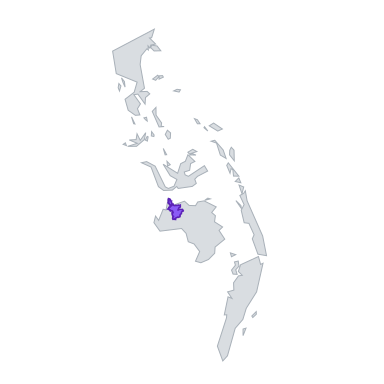 Kutai Timur, Kalimantan Timur, Indonesia shown in context, rotated 240°
{"feature_id": "22746128B75924443266043", "entity_name": "Kutai Timur", "entity_type": "district", "adm_level": 2, "iso_a3": "IDN", "parent_name": "Indonesia", "parent_adm1": "Kalimantan Timur", "projection": "orthographic", "projection_center": [118.078, 0.931], "detail": "fine", "context": "in_parent", "style": "filled", "palette": "violet", "viewbox_px": 384, "rotation_deg": 240, "n_neighbors": 0, "source": "geoboundaries", "source_scale": "gbopen_adm2", "svg_char_len": 7599}
<svg xmlns="http://www.w3.org/2000/svg" viewBox="0 0 384 384"><g transform="rotate(240 192 192)"><path d="M130.3,160.4L136.6,168.9L146.0,167.8L150.8,163.9L159.1,166.2L165.6,164.7L174.1,144.7L184.5,143.7L189.4,148.4L184.1,148.9L191.5,158.4L189.4,160.5L198.2,168.1L190.3,167.2L187.8,180.9L181.8,182.8L178.4,188.2L180.5,192.0L178.3,198.0L167.0,205.5L164.4,198.8L159.8,200.4L154.9,196.6L146.4,201.0L145.2,196.2L134.8,196.8L132.8,184.5L127.6,181.0L125.3,172.6L126.3,164.3L130.3,160.4ZM30.3,134.2L45.8,136.9L65.8,159.0L68.3,160.7L69.4,158.5L83.2,170.8L79.8,173.4L87.7,172.9L86.1,179.2L92.6,182.6L96.1,190.3L94.7,193.9L100.0,192.4L104.7,197.7L102.9,217.3L95.0,215.2L94.8,217.9L73.2,198.0L64.2,180.9L56.2,172.3L52.4,161.3L32.4,140.8L30.3,134.2ZM353.7,193.7L351.9,240.8L345.8,234.2L346.6,232.2L338.3,234.5L339.9,229.8L337.7,227.4L338.5,227.1L339.8,227.2L340.6,227.0L336.8,225.2L338.6,224.6L335.4,216.1L328.3,210.8L305.6,202.7L304.8,197.2L301.6,203.4L298.1,204.5L297.1,199.0L291.6,195.3L303.8,194.1L305.4,190.3L294.1,191.4L291.4,186.4L284.8,185.4L286.7,181.3L294.7,177.6L305.8,180.4L307.3,191.8L314.6,199.4L332.4,185.6L353.7,193.7ZM241.0,167.9L232.8,173.0L209.8,171.4L206.9,173.3L206.0,179.3L210.4,185.2L217.0,181.3L230.5,180.9L215.4,188.9L222.2,196.4L221.9,201.6L226.3,207.1L217.0,209.8L217.3,205.0L212.0,200.8L213.2,195.3L210.3,194.6L207.4,196.7L208.6,215.9L202.3,216.0L202.8,204.6L201.7,200.8L197.3,200.0L196.7,195.0L202.0,181.8L204.4,181.5L203.5,175.9L207.5,168.2L213.4,165.6L234.1,169.0L242.6,162.9L241.0,167.9ZM105.2,218.0L121.3,220.8L123.9,224.4L136.4,225.6L139.3,221.8L151.6,225.5L155.0,230.8L165.1,231.7L165.0,236.1L166.4,238.8L156.8,235.3L118.6,231.2L99.6,224.7L105.2,218.0ZM261.5,169.0L268.4,163.7L265.3,169.8L269.9,173.5L262.6,173.0L266.5,181.6L261.2,176.9L259.3,166.8L263.7,159.1L261.5,169.0ZM264.8,196.0L281.7,197.9L283.3,203.1L276.5,199.3L267.0,200.2L264.3,198.1L262.6,200.6L264.8,196.0ZM225.4,237.6L212.8,240.0L204.0,238.3L209.8,235.0L222.1,237.7L226.4,234.0L225.4,237.6ZM189.2,234.3L197.7,235.4L199.1,238.0L182.3,240.5L185.0,235.9L190.8,238.5L192.7,237.5L189.2,234.3ZM240.7,240.0L240.9,245.2L231.4,249.8L231.9,244.8L240.7,240.0ZM104.6,187.2L106.9,193.0L110.2,193.8L109.1,197.5L104.3,195.6L102.8,191.0L98.1,189.9L100.4,186.5L104.6,187.2ZM335.9,234.8L329.9,235.6L333.1,229.7L337.8,228.4L339.2,230.6L335.9,234.8ZM205.4,243.1L209.3,245.6L211.1,248.4L207.2,249.3L197.9,244.2L205.4,243.1ZM255.2,197.6L257.8,201.6L253.9,203.0L249.4,200.1L249.6,197.8L255.2,197.6ZM165.5,234.4L174.5,236.2L170.5,239.3L165.5,234.4ZM179.5,234.7L180.8,239.6L175.6,238.9L179.5,234.7ZM120.1,194.8L115.9,198.5L116.2,193.8L120.1,194.8ZM309.5,214.4L310.3,220.7L308.4,221.0L306.9,216.4L309.5,214.4ZM162.6,225.7L155.8,227.6L152.9,226.5L162.6,225.7ZM228.5,208.3L228.6,214.0L224.6,216.4L226.2,208.8L228.5,208.3ZM42.1,164.4L47.8,167.7L47.1,170.7L42.1,164.4ZM56.3,187.8L54.0,186.6L52.9,181.9L54.7,181.8L56.3,187.8ZM286.3,233.1L285.0,230.8L288.7,226.7L288.4,230.4L286.3,233.1ZM280.3,175.6L287.3,177.2L279.4,176.6L280.3,175.6ZM237.6,187.3L244.1,188.9L237.0,188.7L237.6,187.3ZM225.5,211.1L222.0,213.9L225.1,208.8L225.5,211.1ZM315.7,179.7L319.2,180.2L322.5,182.9L319.4,183.5L315.7,179.7ZM254.3,230.8L251.9,232.8L247.1,233.1L248.4,230.8L254.3,230.8ZM309.0,221.7L307.5,224.7L305.8,224.6L306.2,219.9L309.0,221.7ZM264.5,187.2L260.3,187.7L259.1,186.7L260.9,184.8L264.5,187.2ZM316.3,186.5L321.3,187.0L326.1,188.0L321.5,188.7L316.3,186.5ZM226.7,183.8L231.1,185.7L226.5,186.8L226.7,183.8ZM267.9,158.9L265.0,158.4L267.7,156.2L267.9,158.9ZM236.9,236.2L241.7,234.5L242.3,235.5L236.9,236.2ZM280.2,187.4L279.5,190.0L275.8,188.7L277.7,187.9L280.2,187.4ZM178.8,202.6L176.9,204.4L178.4,198.9L178.8,202.6ZM260.3,177.5L262.6,181.0L261.7,181.6L258.4,178.8L260.3,177.5Z" fill="#d9dde1" stroke="#a8b0b8" stroke-width="1"/><path d="M177.8,161.8L177.6,162.3L177.6,162.5L177.5,162.8L177.5,163.0L177.4,163.0L177.2,163.1L176.7,163.5L176.8,163.7L176.7,163.9L176.5,164.1L177.1,164.4L177.5,164.5L177.4,164.9L177.6,165.1L177.6,165.4L177.5,165.8L177.4,165.9L177.5,166.3L177.4,166.6L177.5,166.8L177.5,167.0L177.4,167.1L177.0,167.2L176.9,167.3L176.9,167.5L176.9,167.8L176.8,168.0L176.7,168.3L176.9,168.7L176.7,168.8L176.6,169.0L176.6,169.3L176.9,169.4L177.2,169.7L177.4,169.7L177.5,169.8L177.4,169.9L177.5,170.0L178.1,170.1L178.2,170.4L178.3,170.6L178.5,170.7L178.6,171.0L178.4,171.2L178.4,171.4L178.5,171.7L178.5,172.0L178.8,172.1L179.1,172.4L179.2,172.5L179.5,172.6L179.9,172.9L180.0,173.3L180.0,173.6L180.0,174.4L179.9,175.0L180.0,175.1L180.4,175.1L181.6,175.1L181.8,175.0L181.8,174.9L181.8,174.5L182.6,173.6L183.1,172.8L183.3,172.5L183.3,172.1L183.2,171.7L183.3,171.4L183.2,171.2L183.3,170.9L183.5,170.8L184.0,171.6L184.5,172.2L184.9,172.7L185.0,172.9L185.0,173.2L184.9,173.8L184.8,174.2L184.8,174.4L184.9,174.5L185.1,174.5L185.6,174.8L185.8,175.0L186.1,174.9L186.1,175.0L186.4,175.0L186.5,175.1L186.5,174.8L186.6,174.6L186.8,174.5L186.8,174.4L187.0,174.0L187.1,173.8L187.3,173.8L187.4,173.7L187.5,173.7L187.6,173.4L187.5,173.2L187.5,172.9L187.7,172.6L187.8,172.4L187.8,172.2L187.7,172.2L187.8,172.2L187.9,172.3L188.1,172.2L188.1,171.9L188.1,171.7L188.3,171.5L188.3,171.4L188.4,171.2L188.5,171.1L188.6,170.8L188.7,170.7L188.9,170.7L188.9,170.2L189.2,169.7L189.7,169.4L189.9,169.3L190.1,169.3L190.1,169.2L190.4,169.1L190.4,169.4L190.7,169.5L190.8,169.6L191.2,169.6L191.2,169.4L191.2,169.2L191.1,168.8L191.0,168.7L190.9,168.5L190.8,168.4L190.8,168.1L190.7,168.1L190.7,167.9L190.6,167.7L190.4,167.6L190.5,167.6L190.4,167.6L190.3,167.4L190.2,167.3L190.2,167.2L190.3,167.1L190.6,167.4L190.9,167.5L191.0,167.8L190.9,168.0L191.0,168.0L191.1,168.3L191.3,168.3L191.4,168.6L192.5,168.9L193.3,169.1L193.5,169.1L193.5,169.3L193.8,169.3L193.9,169.2L194.0,169.3L194.0,169.2L194.4,169.2L194.5,169.2L195.0,169.4L195.3,169.3L195.6,169.0L195.9,169.0L196.0,169.1L196.1,169.3L196.3,169.2L196.5,169.4L196.8,169.3L196.7,169.4L196.8,169.4L196.9,169.2L197.0,169.2L197.2,168.9L197.3,168.9L197.5,168.9L197.6,168.7L197.5,168.8L197.6,168.7L197.8,168.6L197.9,168.4L198.0,168.4L198.1,168.2L198.1,167.9L198.2,167.7L198.1,167.8L197.8,167.9L197.5,167.7L197.2,167.9L196.8,167.9L196.7,167.8L196.7,167.4L196.6,167.2L195.8,167.2L195.6,167.3L195.4,167.3L195.2,167.1L195.3,166.4L195.2,166.2L195.0,166.3L194.9,166.4L194.7,166.3L194.5,166.0L194.3,165.9L194.2,166.0L193.9,165.9L193.8,166.0L193.7,166.1L193.6,166.6L193.4,166.6L193.2,166.5L192.6,166.1L192.4,166.1L192.4,166.3L192.5,166.4L192.5,166.5L192.1,166.7L191.9,166.8L191.2,166.6L191.1,166.3L190.7,165.9L190.4,165.8L189.9,165.4L190.0,165.3L190.2,165.2L190.3,165.0L190.4,164.6L190.4,164.4L190.3,164.2L189.8,163.8L189.7,163.4L189.6,163.5L189.4,163.8L189.3,163.7L189.2,163.6L188.9,163.5L188.9,163.0L188.6,163.4L188.4,163.6L188.2,163.6L187.9,163.4L187.7,163.5L187.6,164.1L187.4,164.2L187.1,164.0L186.9,163.7L186.7,163.6L186.4,163.8L186.2,163.9L186.1,164.0L186.2,164.3L186.2,164.5L186.2,164.8L186.0,165.1L185.9,165.3L185.6,165.3L185.1,165.6L184.9,165.7L184.6,165.4L184.5,165.2L184.4,165.4L184.0,165.4L183.7,165.4L183.7,165.1L183.4,164.9L183.5,164.7L183.6,164.3L183.6,164.1L183.2,163.9L183.1,163.7L182.7,163.6L182.2,163.7L181.9,163.4L180.8,163.5L180.6,163.6L180.4,163.7L180.4,163.4L180.3,163.1L180.1,163.0L179.9,162.7L179.7,162.7L179.5,162.8L179.3,162.7L179.2,162.4L179.0,162.1L178.7,161.9L178.3,161.9L178.0,161.8L177.9,161.8L177.8,161.8ZM190.7,167.6L190.6,167.8L190.8,168.1L190.8,167.9L190.7,167.7L190.7,167.6ZM191.1,169.8L191.0,170.0L191.1,169.8ZM191.0,168.5L191.0,168.4L190.9,168.5L191.0,168.7L191.0,168.5ZM191.1,168.7L191.1,168.8L191.1,168.7ZM190.4,167.3L190.4,167.2L190.4,167.3L190.4,167.3Z" fill="#8b5cf6" stroke="#5b21b6" stroke-width="1.5"/></g></svg>